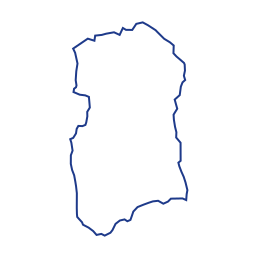 the district of Timi, Paphos, Cyprus, rotated 347°
{"feature_id": "46923920B82812647647979", "entity_name": "Timi", "entity_type": "district", "adm_level": 2, "iso_a3": "CYP", "parent_name": "Cyprus", "parent_adm1": "Paphos", "projection": "natural_earth1", "projection_center": [32.506, 34.725], "detail": "fine", "context": "isolated", "style": "outline", "palette": "blue", "viewbox_px": 256, "rotation_deg": 347, "n_neighbors": 0, "source": "geoboundaries", "source_scale": "gbopen_adm2", "svg_char_len": 1384}
<svg xmlns="http://www.w3.org/2000/svg" viewBox="0 0 256 256"><g transform="rotate(347 128 128)"><path d="M58.5,203.2L59.8,205.6L62.0,209.5L62.4,212.1L67.2,216.2L70.9,220.6L73.3,225.1L78.2,225.2L81.1,227.6L87.3,226.1L89.9,224.0L94.3,218.6L99.3,216.3L104.1,216.3L106.4,218.7L109.7,218.1L112.0,214.5L114.4,210.6L119.5,207.2L125.8,206.2L131.4,205.5L135.7,205.1L141.0,205.7L145.4,209.7L150.4,208.7L153.9,206.5L165.3,208.9L168.5,211.3L170.3,205.6L171.9,201.9L171.8,194.0L171.3,188.1L170.2,182.6L169.4,176.9L169.3,173.1L171.9,171.8L175.9,154.2L172.8,148.1L174.2,143.0L174.1,137.4L174.6,130.1L175.4,125.3L176.9,123.7L180.3,120.3L179.9,110.8L185.8,107.6L188.8,99.6L191.4,95.8L194.5,94.1L194.2,89.7L196.4,84.9L197.5,78.9L197.2,77.2L191.3,69.2L189.1,65.4L191.1,57.9L188.1,53.9L183.3,49.2L177.9,40.6L176.9,38.9L170.5,32.3L166.1,28.4L159.5,28.4L154.2,33.4L148.1,31.9L145.5,29.4L140.8,35.4L135.9,31.6L127.9,31.2L123.4,31.4L116.8,30.6L114.9,35.4L108.9,31.9L92.4,38.3L93.4,42.8L93.3,53.8L90.4,61.0L87.8,69.6L87.4,74.9L86.5,76.6L84.3,77.6L83.0,80.7L88.5,84.7L93.7,86.6L96.9,88.9L96.3,93.2L95.4,99.5L91.9,103.1L91.0,107.5L88.6,113.1L87.2,115.4L84.0,115.9L80.1,114.8L77.8,117.3L76.1,121.6L72.4,125.3L69.2,125.9L69.5,129.6L68.9,137.6L66.2,141.7L64.2,150.1L64.1,156.3L64.9,162.0L64.6,168.5L64.3,172.9L63.5,180.0L60.1,194.4L58.9,200.3L58.5,203.2Z" fill="none" stroke="#1e3a8a" stroke-width="2"/></g></svg>